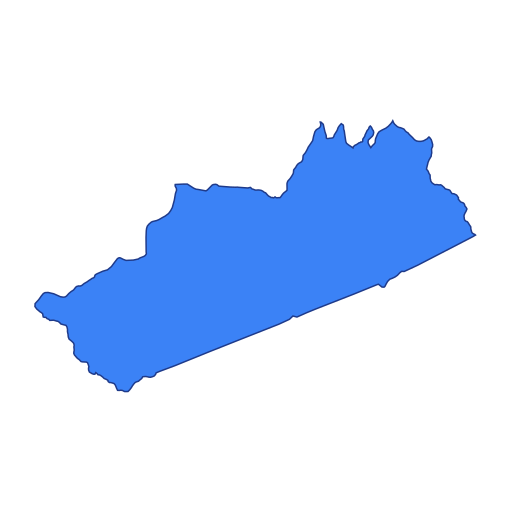 the district of Banissa, North-Eastern, Kenya, rotated 183°
{"feature_id": "3690345B63925745903052", "entity_name": "Banissa", "entity_type": "district", "adm_level": 2, "iso_a3": "KEN", "parent_name": "Kenya", "parent_adm1": "North-Eastern", "projection": "robinson", "projection_center": [40.459, 3.998], "detail": "fine", "context": "isolated", "style": "filled", "palette": "blue", "viewbox_px": 512, "rotation_deg": 183, "n_neighbors": 0, "source": "geoboundaries", "source_scale": "gbopen_adm2", "svg_char_len": 6083}
<svg xmlns="http://www.w3.org/2000/svg" viewBox="0 0 512 512"><g transform="rotate(183 256 256)"><path d="M474.1,196.9L474.1,193.9L472.1,191.5L470.9,190.6L468.7,188.9L467.3,188.2L466.0,187.1L465.7,185.6L465.3,184.0L464.2,183.7L462.5,183.7L461.4,182.5L459.5,181.9L458.6,180.9L454.8,181.3L453.4,181.0L451.9,180.6L450.4,180.4L448.9,179.5L447.3,177.9L444.2,177.2L442.1,176.8L441.0,175.1L440.4,172.9L440.3,170.5L439.9,169.0L439.6,168.0L439.5,167.0L439.2,165.2L438.3,163.2L435.9,161.5L433.9,159.8L433.2,158.5L432.9,157.0L433.1,155.7L432.6,152.4L432.8,151.2L432.9,149.4L432.2,147.8L429.6,145.0L428.5,144.1L427.3,143.4L426.2,142.4L425.3,141.5L424.0,141.2L419.9,141.2L418.7,140.7L417.8,138.7L417.1,136.7L417.4,135.3L417.2,133.3L416.3,131.4L413.7,130.0L412.2,129.5L410.7,129.5L409.9,131.2L408.5,130.2L407.5,129.1L406.2,129.1L404.8,128.5L402.9,127.2L401.2,125.7L398.9,124.9L397.3,124.0L397.1,122.9L395.8,122.0L394.5,122.0L392.8,121.7L390.9,121.1L389.8,119.8L389.1,118.4L388.4,116.8L387.2,114.6L385.5,114.6L383.9,114.9L382.2,114.7L380.3,113.8L378.8,113.8L376.7,114.0L375.1,115.8L373.6,118.0L372.6,119.9L371.2,122.0L370.0,123.4L368.7,124.1L366.8,124.8L365.4,126.2L363.7,127.7L362.9,129.4L361.6,129.7L359.7,129.9L358.0,129.7L356.5,129.4L354.9,129.4L352.9,130.1L351.3,130.9L350.1,132.5L349.6,134.1L346.3,135.7L331.1,142.3L298.0,157.8L263.8,173.5L229.4,189.2L219.3,194.5L216.0,198.0L211.9,197.2L202.5,202.0L193.6,206.2L156.3,223.1L133.5,233.8L132.2,234.2L128.6,231.6L126.5,231.6L125.7,232.3L124.6,234.8L123.3,237.4L121.2,239.8L118.7,240.9L116.1,242.3L113.8,244.1L111.4,246.9L109.7,248.3L107.2,248.3L94.0,255.3L40.6,286.6L37.9,288.4L38.6,289.0L40.0,289.5L41.3,290.3L41.9,291.3L42.6,293.4L42.9,294.4L43.0,295.8L43.2,296.7L44.1,297.7L44.7,298.6L46.0,300.5L46.9,301.4L48.2,301.7L49.3,302.6L49.9,303.9L50.1,305.3L50.4,306.6L50.2,308.1L49.4,310.1L48.7,311.4L47.8,314.0L48.7,315.5L50.0,316.9L50.4,318.2L50.6,318.6L51.1,319.3L51.6,319.7L51.9,319.9L53.8,320.5L54.6,320.8L56.1,322.5L56.9,323.2L56.9,324.9L57.7,325.9L58.3,326.7L58.9,327.4L61.5,328.5L63.5,328.6L64.2,329.4L65.8,331.7L66.8,332.2L67.2,332.3L68.5,332.5L70.6,333.0L71.7,334.3L73.4,335.6L74.4,336.4L75.6,336.8L77.0,336.5L77.9,336.7L79.8,336.8L81.0,336.5L82.6,337.3L84.1,338.3L85.4,340.0L85.6,341.2L86.1,342.6L86.4,346.0L87.6,347.5L88.0,348.6L88.9,350.2L90.3,351.6L90.0,353.7L89.4,356.7L89.1,358.5L88.2,361.0L87.1,363.2L86.3,364.7L86.2,366.6L85.9,368.1L86.3,371.8L86.1,372.9L85.4,374.5L85.4,376.5L86.3,379.3L87.1,381.3L88.4,383.0L89.5,383.9L90.4,383.0L91.3,381.9L92.5,381.2L93.7,380.4L95.0,379.7L97.3,379.1L99.5,379.0L101.8,379.3L103.8,380.4L105.9,382.5L109.4,385.5L110.7,387.0L112.2,387.7L113.4,388.7L114.8,390.4L116.0,390.9L118.4,391.7L120.1,391.9L121.8,392.7L124.5,394.9L125.6,396.3L126.5,398.2L127.2,396.8L128.3,395.2L130.7,392.4L133.1,390.4L136.9,388.3L139.6,386.5L140.9,384.4L142.7,379.4L142.9,377.6L142.9,375.5L144.0,373.9L145.5,372.4L147.0,370.2L148.0,371.6L149.3,373.4L150.1,375.4L149.9,377.7L146.1,381.7L145.3,383.1L144.9,385.4L145.3,387.1L146.5,388.7L147.2,390.2L147.6,390.7L148.0,391.2L148.7,391.8L149.4,391.1L149.9,390.2L150.1,389.0L150.8,388.1L151.8,386.7L152.2,385.5L153.4,382.7L153.7,381.2L155.4,378.4L155.5,376.0L156.2,375.4L157.4,375.3L158.2,374.6L159.1,374.4L159.9,373.7L160.9,373.0L161.6,372.4L162.7,372.0L164.5,370.3L164.8,369.0L167.5,370.7L168.8,371.4L169.4,371.8L171.5,373.3L172.3,375.0L173.5,380.8L173.9,382.8L174.4,385.5L175.1,387.3L175.2,388.6L175.4,390.2L175.7,391.2L175.9,391.5L176.6,391.9L177.4,392.3L177.8,392.6L178.8,391.4L179.7,390.2L180.7,388.5L181.3,386.5L181.6,385.6L184.2,380.9L184.5,379.5L184.7,379.1L185.2,378.3L185.5,378.0L185.8,377.9L187.3,377.6L188.3,377.5L190.0,377.1L190.5,377.0L191.5,377.1L191.9,377.4L192.2,380.0L193.7,383.8L195.0,388.4L195.7,391.0L196.4,391.7L198.3,393.2L198.9,393.1L198.6,392.4L198.3,390.9L198.2,390.4L198.3,389.4L198.4,389.0L198.5,388.6L199.4,387.3L202.3,385.3L202.6,384.9L203.5,383.5L203.7,383.1L204.8,378.5L205.4,374.5L205.6,373.9L205.9,373.4L207.7,370.4L209.5,367.5L209.7,367.0L210.2,365.7L210.9,364.1L212.1,361.7L214.0,359.1L214.2,358.5L214.3,355.4L214.3,354.9L214.5,354.4L215.0,353.3L215.3,352.7L215.7,352.3L217.0,351.5L218.2,350.7L219.2,349.8L220.2,348.3L221.1,346.4L222.0,345.3L222.9,343.9L223.0,341.2L223.1,340.6L223.3,340.0L224.4,337.8L226.0,335.1L227.9,332.8L228.2,332.3L228.4,331.7L228.8,330.3L228.8,329.6L228.8,329.1L228.5,324.8L228.5,323.3L229.0,322.7L231.8,320.2L233.0,318.6L233.7,317.4L234.4,316.3L235.1,315.5L235.9,315.5L237.0,315.4L237.4,315.3L238.1,315.2L238.9,315.3L239.4,315.5L240.0,316.0L240.5,315.8L241.3,315.0L241.7,315.0L242.1,315.0L242.7,315.3L244.2,315.2L244.6,315.5L245.3,316.0L246.4,316.4L246.7,316.6L247.8,317.6L249.6,319.5L250.0,319.7L251.0,320.0L252.6,321.1L254.2,321.8L255.6,322.0L257.3,322.1L258.6,321.9L259.7,321.8L260.4,321.9L260.8,322.0L262.2,322.5L263.4,322.7L265.1,324.2L266.1,324.0L267.3,323.6L267.7,323.5L268.0,323.5L277.2,323.7L278.1,323.8L279.9,323.6L285.0,323.5L296.5,323.8L297.0,324.0L298.7,325.2L299.1,325.3L300.2,325.5L301.9,325.2L302.4,325.1L303.5,324.5L308.0,319.4L309.4,318.4L310.1,318.5L317.1,319.4L319.5,319.6L320.0,319.8L321.8,320.5L328.3,324.2L332.4,324.0L340.4,323.2L340.5,322.7L340.3,321.4L339.3,319.8L339.1,319.4L338.9,318.3L338.8,317.9L338.8,317.4L339.7,314.2L340.5,307.5L342.1,300.0L343.6,296.8L345.5,293.9L348.8,291.1L351.3,289.6L354.8,287.3L357.1,286.2L361.1,285.0L361.5,284.8L362.3,284.4L364.7,282.1L366.1,280.1L366.7,277.9L366.9,275.5L366.8,268.8L365.9,254.3L365.6,252.4L366.3,251.2L366.6,250.8L366.9,250.5L367.8,249.8L370.2,248.7L371.2,248.3L372.3,247.7L372.8,247.3L373.2,246.9L378.3,245.5L385.6,244.8L388.4,245.7L391.3,247.0L392.6,247.1L394.2,246.2L397.1,242.0L399.8,237.9L403.6,234.4L408.2,232.8L413.7,230.0L415.1,229.1L415.6,228.7L416.1,227.4L416.1,226.7L416.9,225.8L418.5,225.1L420.0,223.9L421.3,223.0L423.4,221.3L426.2,219.5L428.5,217.4L430.0,216.8L431.7,216.8L433.7,216.1L434.7,215.0L436.4,212.5L438.8,210.8L441.0,208.7L443.2,206.0L444.6,205.1L446.2,204.8L449.2,205.1L456.0,207.7L461.7,208.7L464.7,208.4L466.4,207.4L468.3,204.8L470.7,201.0L474.1,196.9Z" fill="#3b82f6" stroke="#1e3a8a" stroke-width="1.5"/></g></svg>